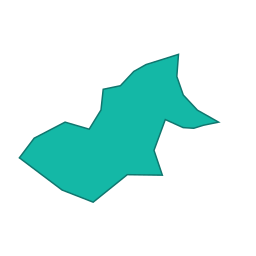 Saint Peter, orthographic projection, rotated 37°
{"feature_id": "ATG-5094", "entity_name": "Saint Peter", "entity_type": "Parish", "adm_level": 1, "iso_a3": "ATG", "parent_name": "Antigua and Barbuda", "parent_adm1": "", "projection": "orthographic", "projection_center": [-61.741, 17.101], "detail": "fine", "context": "isolated", "style": "filled", "palette": "teal", "viewbox_px": 256, "rotation_deg": 37, "n_neighbors": 0, "source": "natural_earth", "source_scale": "10m", "svg_char_len": 436}
<svg xmlns="http://www.w3.org/2000/svg" viewBox="0 0 256 256"><g transform="rotate(37 128 128)"><path d="M96.5,98.8L98.6,79.3L104.2,66.5L124.0,38.8L136.0,57.5L152.3,68.4L172.7,72.0L196.8,68.8L186.6,80.4L180.7,88.6L171.8,94.5L152.7,98.8L162.2,130.2L183.8,145.0L155.5,165.7L144.8,208.2L112.7,217.2L59.2,217.2L59.2,192.6L74.2,161.2L97.7,152.3L95.6,129.9L84.9,112.0L96.5,98.8Z" fill="#14b8a6" stroke="#0f766e" stroke-width="1.5"/></g></svg>